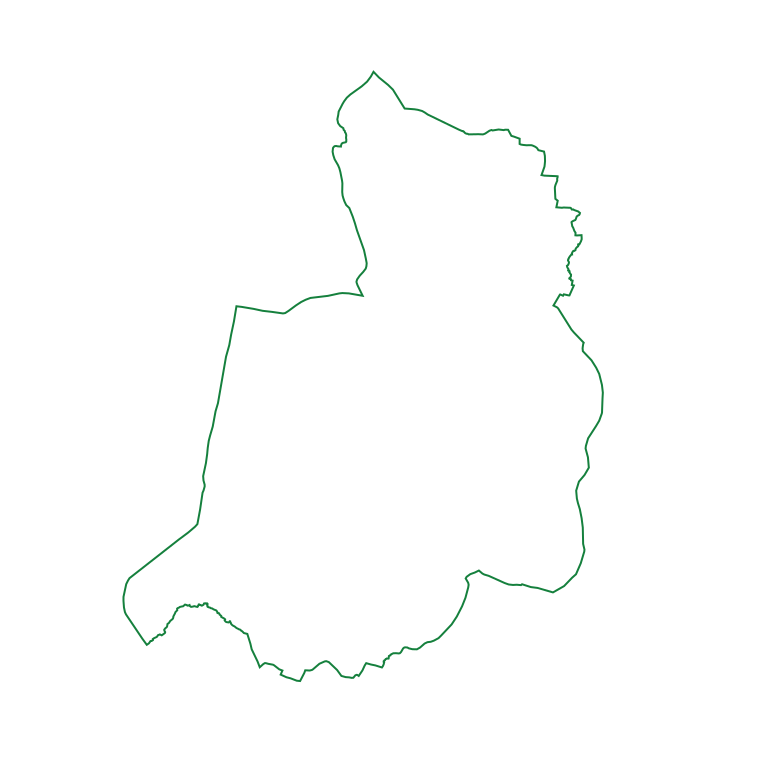 Nong Hong, Buri Ram, Thailand (Natural Earth projection), rotated 279°
{"feature_id": "78962969B41390045790021", "entity_name": "Nong Hong", "entity_type": "district", "adm_level": 2, "iso_a3": "THA", "parent_name": "Thailand", "parent_adm1": "Buri Ram", "projection": "natural_earth1", "projection_center": [102.637, 14.875], "detail": "fine", "context": "isolated", "style": "outline", "palette": "green", "viewbox_px": 768, "rotation_deg": 279, "n_neighbors": 0, "source": "geoboundaries", "source_scale": "gbopen_adm2", "svg_char_len": 6122}
<svg xmlns="http://www.w3.org/2000/svg" viewBox="0 0 768 768"><g transform="rotate(279 384 384)"><path d="M103.7,426.3L105.1,427.0L106.9,427.5L109.2,427.7L109.5,427.1L110.3,427.1L110.6,427.5L111.2,427.7L111.4,428.2L112.6,428.7L112.8,429.2L113.3,429.6L113.4,431.1L113.6,431.5L116.1,431.4L117.0,432.8L117.6,432.8L118.3,433.6L119.5,435.3L120.0,438.0L120.2,440.8L120.6,441.8L122.0,442.8L125.7,444.2L126.6,444.9L127.2,445.9L127.4,448.3L126.8,449.9L126.5,453.5L127.1,458.0L129.3,460.8L134.0,464.7L135.8,467.3L136.7,470.5L138.3,473.4L141.5,477.6L144.5,479.8L157.1,488.4L165.7,492.3L176.7,495.9L185.6,497.9L196.2,499.0L198.9,499.0L200.9,498.2L204.7,495.1L206.5,495.8L209.7,499.0L212.0,503.2L214.6,506.9L212.2,510.8L211.5,512.8L210.9,517.4L206.3,534.3L205.5,538.5L205.7,542.8L206.5,546.6L206.8,550.8L207.8,551.7L206.4,560.8L206.6,567.5L204.6,583.5L212.6,593.5L222.1,600.1L226.1,603.4L237.8,606.4L249.8,608.0L251.8,607.9L257.2,605.7L273.3,602.8L282.3,600.2L291.0,597.0L296.7,594.2L301.1,592.4L308.7,590.5L318.1,591.8L325.5,596.3L333.4,599.4L343.5,596.9L351.8,593.2L354.4,593.1L362.3,594.1L375.6,600.0L381.4,602.3L388.7,603.7L389.9,603.8L403.8,602.1L409.7,601.5L417.2,599.4L427.6,595.0L433.3,591.0L439.9,585.2L447.5,575.3L450.1,574.6L452.0,574.5L454.8,574.5L456.0,574.8L464.6,563.5L467.1,560.6L485.9,544.2L486.8,542.9L488.0,539.1L499.9,543.8L500.0,544.1L499.2,547.0L500.7,547.6L500.4,552.4L500.5,553.3L511.0,556.1L511.2,554.0L515.6,554.1L515.7,552.5L516.7,552.3L516.9,550.7L517.1,550.5L517.5,550.5L518.6,551.4L519.6,551.8L521.4,551.6L522.2,550.5L523.0,550.1L523.4,549.5L524.3,549.7L524.9,549.3L525.0,549.0L524.8,548.4L524.9,548.1L526.3,548.2L527.9,546.8L529.3,546.2L530.5,547.3L532.4,547.7L533.3,547.6L534.8,546.4L536.1,546.4L536.5,546.8L537.6,546.9L539.5,547.8L540.6,548.5L541.3,548.8L541.4,549.5L542.7,549.2L544.5,549.8L545.2,550.4L545.3,551.3L545.9,551.7L546.1,552.1L547.7,552.2L549.1,553.0L550.4,554.2L552.3,553.9L552.5,554.2L552.4,555.1L555.7,556.2L557.9,556.6L559.6,556.3L561.9,555.8L560.9,551.3L560.8,549.8L563.4,549.5L564.8,548.2L568.1,546.3L569.2,545.3L573.1,543.9L573.5,544.0L574.7,545.4L575.9,547.3L576.7,547.6L579.5,548.1L580.4,548.8L581.5,550.3L582.1,550.6L583.6,550.8L584.8,548.8L585.6,544.5L586.0,543.8L585.7,542.2L586.9,541.2L587.2,540.5L586.4,533.7L585.9,532.2L585.5,526.6L592.2,526.9L593.7,524.3L604.2,522.1L605.2,522.0L607.3,522.2L612.0,523.3L613.8,522.9L615.3,523.1L616.3,523.0L616.3,522.3L614.9,509.9L615.0,506.9L623.8,508.5L626.2,508.4L629.3,508.2L634.5,507.2L638.6,505.7L639.1,499.9L640.6,498.6L641.3,497.7L642.1,495.9L642.8,493.3L642.9,491.9L642.1,487.4L641.9,484.2L641.9,481.9L642.3,480.4L647.5,479.6L648.7,473.4L649.0,471.0L654.5,466.8L654.1,463.8L653.5,462.6L653.3,457.4L651.4,451.6L651.7,450.5L650.7,448.6L647.2,444.8L646.3,443.3L646.0,442.6L645.5,438.2L643.8,428.6L644.2,427.5L644.1,426.3L644.4,425.2L644.9,424.3L645.7,423.5L645.7,422.9L646.2,422.4L646.1,421.4L646.9,418.3L657.0,385.0L658.5,381.9L659.6,379.0L660.1,374.5L660.1,371.1L659.3,361.3L676.1,346.8L680.0,341.3L686.0,331.0L690.7,324.8L685.5,322.9L680.0,320.0L674.6,315.5L664.7,305.5L661.0,302.5L657.0,300.4L654.3,299.3L646.0,296.6L642.6,296.7L638.1,296.5L634.4,297.9L631.9,300.4L630.3,303.8L628.7,304.4L627.9,305.6L626.4,306.2L625.7,307.0L623.9,307.8L621.1,308.0L619.7,308.5L617.5,308.8L616.8,308.4L615.7,305.6L615.1,304.9L614.4,304.5L612.6,304.2L611.8,304.3L611.5,301.2L611.6,299.4L611.1,297.9L610.0,297.1L609.1,296.7L605.4,296.9L602.1,298.1L598.2,300.1L592.9,304.4L590.0,306.2L586.4,307.8L578.2,310.8L575.7,311.5L567.1,312.7L563.7,313.6L561.1,314.8L558.1,316.4L554.8,318.7L552.4,322.2L544.3,327.0L538.1,330.2L531.7,333.2L513.1,343.3L505.1,346.4L500.6,348.0L497.5,348.2L495.1,347.9L491.4,345.9L487.2,343.1L483.1,341.1L480.8,340.8L479.8,341.1L477.4,342.4L467.8,349.1L468.0,335.1L467.3,328.6L466.5,325.7L462.3,314.9L457.5,297.9L455.0,293.5L452.0,289.3L447.9,284.8L441.3,278.3L438.6,275.3L437.9,273.2L437.7,262.0L437.3,252.7L437.8,243.4L437.9,231.3L437.7,226.1L422.3,226.0L409.1,225.3L398.2,225.1L386.2,223.7L339.0,223.0L330.7,221.9L315.1,221.5L305.8,220.3L300.4,219.8L293.3,219.9L287.3,220.3L278.0,220.5L264.7,219.8L260.5,220.8L256.5,222.6L254.7,222.9L250.5,222.4L248.3,221.8L231.2,222.0L216.4,221.6L213.5,219.7L206.6,213.8L198.3,205.7L152.4,163.0L149.8,161.9L146.0,160.7L133.0,160.0L129.1,160.6L122.7,162.1L118.2,163.8L116.1,165.2L94.6,185.2L89.3,190.5L91.1,192.4L93.6,193.6L93.8,194.7L94.4,195.1L94.8,195.8L95.2,195.9L96.0,195.6L97.1,196.8L98.6,199.1L100.8,200.3L101.0,201.0L101.6,201.8L101.0,203.8L103.7,206.5L104.7,206.7L106.1,205.6L107.0,205.4L108.5,206.2L109.8,207.4L110.8,207.7L113.1,207.7L114.4,209.0L116.5,209.9L118.5,211.7L119.3,212.2L120.3,212.4L121.4,212.3L124.6,213.4L126.1,213.7L128.2,215.2L129.7,214.8L130.3,215.2L131.0,216.4L131.9,217.3L132.6,219.0L133.0,220.3L135.0,222.0L134.8,223.9L134.4,224.4L134.4,225.1L135.3,226.5L134.3,227.0L133.7,228.3L134.3,230.2L134.9,231.3L134.6,234.4L135.1,234.7L135.2,235.0L135.8,235.0L136.5,235.4L137.3,235.5L137.4,235.8L136.9,236.3L137.1,237.5L136.6,238.2L136.6,238.8L137.6,240.1L138.0,240.4L139.0,240.5L139.5,241.7L139.1,242.7L139.7,243.4L139.1,244.2L137.8,244.0L137.3,244.4L136.9,244.3L136.3,244.7L136.2,245.5L136.0,245.9L135.9,247.3L135.5,247.9L135.4,249.6L134.8,250.7L134.1,253.8L133.0,254.9L131.9,255.2L131.7,255.7L131.9,256.6L131.4,257.3L130.6,257.6L129.5,259.5L128.5,259.7L127.3,263.0L126.7,263.9L125.6,263.6L124.7,264.5L124.2,265.5L124.2,267.9L124.6,268.4L125.5,268.7L125.5,269.2L124.8,269.4L124.1,270.1L123.4,270.3L122.4,271.4L121.6,272.9L121.2,274.3L119.9,276.5L119.2,278.8L119.0,279.1L118.8,280.6L118.0,281.5L117.6,282.6L116.1,284.6L115.8,288.1L106.5,292.7L101.3,294.8L90.2,302.5L84.8,305.6L88.5,308.6L89.7,310.0L89.8,310.9L89.5,313.7L89.4,318.2L89.0,319.4L85.8,325.2L85.1,328.5L80.8,327.4L79.1,333.5L78.7,337.7L77.3,344.3L77.5,347.6L86.2,350.5L88.9,351.0L89.4,355.5L90.3,357.6L91.0,358.4L97.6,364.0L100.7,368.8L101.2,370.3L100.7,373.0L94.2,382.4L89.0,387.6L88.5,392.0L88.8,395.5L88.7,398.0L89.1,399.7L91.7,401.2L92.4,402.3L92.5,402.9L92.4,403.3L91.7,404.7L97.7,407.5L103.0,409.0L105.5,410.1L104.9,415.0L104.7,419.5L103.7,426.3Z" fill="none" stroke="#15803d" stroke-width="2"/></g></svg>